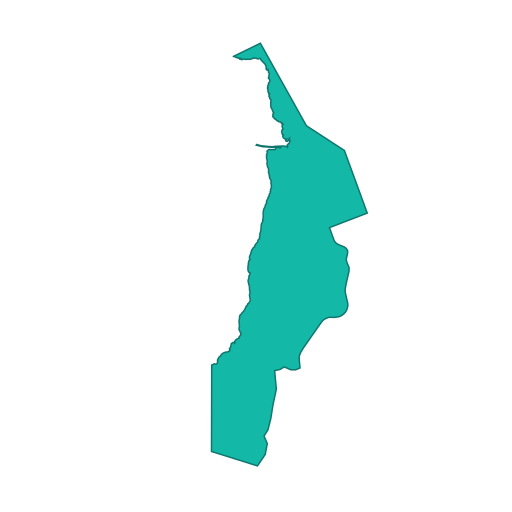 Ngebuked, Ngaraard, Palau (Albers equal-area conic projection), rotated 334°
{"feature_id": "81905179B15793502543785", "entity_name": "Ngebuked", "entity_type": "district", "adm_level": 2, "iso_a3": "PLW", "parent_name": "Palau", "parent_adm1": "Ngaraard", "projection": "albers", "projection_center": [134.626, 7.627], "detail": "fine", "context": "isolated", "style": "filled", "palette": "teal", "viewbox_px": 512, "rotation_deg": 334, "n_neighbors": 0, "source": "geoboundaries", "source_scale": "gbopen_adm2", "svg_char_len": 6090}
<svg xmlns="http://www.w3.org/2000/svg" viewBox="0 0 512 512"><g transform="rotate(334 256 256)"><path d="M353.2,66.7L322.5,66.7L323.9,67.0L324.3,67.5L324.6,68.2L325.4,68.8L325.8,69.5L326.4,69.6L326.7,70.0L326.7,70.3L327.8,71.0L327.6,71.1L327.7,71.9L328.1,71.9L328.5,71.7L328.9,71.7L328.6,72.7L329.7,73.5L330.8,73.3L332.8,74.7L333.7,75.1L335.5,75.9L336.3,76.4L338.4,77.0L338.8,76.9L339.3,76.9L340.7,77.2L340.9,77.0L341.2,77.2L341.2,77.4L341.7,77.6L342.5,78.1L342.8,78.1L343.2,78.8L344.1,79.8L345.0,80.0L345.9,79.9L346.4,80.3L346.6,80.9L346.4,81.6L346.6,82.7L346.8,83.4L347.4,84.5L347.3,85.2L347.5,85.8L347.9,86.2L348.2,86.8L348.2,87.3L348.1,87.9L348.3,88.5L348.1,89.2L348.3,89.8L348.1,90.6L347.7,91.0L347.4,91.5L347.8,92.0L347.6,92.4L347.1,92.6L347.1,93.3L347.4,93.6L348.0,93.9L348.6,93.7L348.6,94.3L348.4,94.7L347.8,96.2L347.8,96.9L348.0,97.9L346.8,99.3L346.2,100.5L345.8,101.0L345.4,101.1L345.1,102.0L345.6,102.7L345.5,104.0L345.3,104.3L345.2,105.0L343.3,106.0L342.9,106.4L342.8,107.0L342.4,107.0L342.1,107.6L341.1,108.3L340.6,109.1L340.6,109.6L340.4,109.7L340.3,110.2L339.9,110.2L339.9,110.6L339.7,111.5L339.4,112.2L339.3,113.0L338.9,113.2L338.8,113.7L338.7,114.6L339.1,115.1L338.7,115.5L338.7,116.2L339.0,116.4L338.5,116.7L338.7,116.9L338.4,117.4L338.0,117.7L337.6,118.3L337.9,118.9L337.7,119.2L337.7,119.9L337.4,120.5L337.8,121.5L337.6,121.6L337.7,122.1L337.7,122.6L337.4,123.2L336.4,124.7L336.2,125.3L335.2,127.4L334.6,129.0L334.6,130.0L334.8,131.6L334.5,132.9L334.7,133.4L334.6,133.8L334.8,134.2L334.4,134.7L334.7,134.9L334.5,135.2L334.1,135.2L333.9,135.7L333.0,136.4L332.8,137.4L332.3,137.8L332.3,138.9L332.7,139.5L332.7,140.0L333.0,140.4L333.2,140.8L332.9,140.9L333.1,141.3L333.7,141.8L333.9,142.9L334.3,143.8L335.1,144.1L335.0,144.6L335.3,145.3L336.5,146.2L337.1,146.5L337.2,147.0L337.0,147.6L337.1,148.1L337.4,148.5L337.8,148.5L337.8,149.0L338.0,149.2L338.1,149.6L337.4,149.4L337.1,149.6L336.9,150.1L336.2,150.9L336.2,152.0L336.0,152.4L336.0,152.9L336.4,153.5L336.1,153.3L336.0,153.6L335.6,153.9L335.1,154.0L334.7,154.1L334.3,154.5L333.6,155.7L333.0,157.5L333.1,158.4L333.7,159.1L332.8,159.6L332.5,160.4L332.4,161.1L332.5,161.9L333.3,163.5L333.7,163.9L334.0,164.1L334.5,164.2L333.7,164.6L333.4,165.0L333.5,165.4L333.4,165.6L333.4,166.2L334.3,166.6L335.0,166.5L335.8,166.2L336.7,165.5L337.3,164.9L337.6,164.8L337.4,165.1L337.2,166.8L337.0,167.5L336.7,167.9L336.3,167.8L335.5,169.1L334.8,169.5L334.3,169.3L332.4,170.2L332.0,170.7L332.5,171.2L332.3,171.8L332.0,172.1L331.8,171.4L329.5,169.6L329.4,169.4L321.5,165.9L319.0,165.1L316.3,163.7L309.0,159.2L305.5,156.1L304.8,156.5L309.8,160.6L317.4,165.0L319.4,166.0L321.9,166.9L325.7,168.4L325.9,168.8L326.0,169.3L325.8,169.4L325.2,169.5L324.6,168.7L323.7,168.4L322.6,167.3L322.0,167.3L321.5,167.5L321.1,168.0L320.4,168.1L319.9,168.8L319.1,168.5L318.3,167.9L317.0,167.5L315.8,166.8L315.2,166.3L314.3,166.1L313.8,165.9L313.2,166.3L312.4,166.3L311.8,166.6L311.6,167.0L311.6,168.0L310.9,168.6L310.3,169.3L309.8,169.7L308.8,171.8L308.4,172.4L308.3,173.4L307.9,174.5L307.8,175.4L307.5,176.1L306.8,177.0L306.4,177.5L306.2,178.2L305.5,180.7L305.5,183.0L304.7,185.0L304.2,185.6L303.8,186.7L303.5,188.6L303.2,189.4L303.4,190.1L302.9,190.4L302.6,191.3L302.4,192.6L302.6,193.4L302.7,194.1L302.6,194.6L301.6,196.8L301.2,197.4L301.1,198.5L299.9,200.9L299.7,201.7L298.9,202.0L298.1,202.7L298.0,203.5L297.7,203.9L297.0,204.3L296.7,205.3L295.2,206.2L294.9,206.5L294.1,207.6L294.1,208.0L293.4,208.1L292.5,208.6L291.9,209.6L290.1,210.8L289.5,211.4L288.9,212.4L288.8,213.1L288.4,213.4L287.5,213.8L286.6,214.5L286.0,215.3L285.2,216.1L284.1,216.8L283.2,217.7L281.5,220.0L280.2,222.8L279.7,223.7L279.4,224.6L278.8,225.4L277.9,226.3L277.5,227.4L277.1,227.9L276.6,228.2L275.9,229.0L275.1,229.4L274.5,230.1L271.4,235.4L270.3,236.6L269.4,237.6L268.9,238.2L268.8,239.0L268.5,239.5L267.6,240.1L267.3,240.8L267.1,241.9L265.8,242.1L265.0,242.5L263.8,243.7L263.6,244.1L263.0,244.4L260.9,245.2L259.2,246.4L258.9,247.1L257.4,247.3L254.8,248.8L253.0,250.6L252.4,251.6L251.2,252.5L249.8,253.9L249.4,254.5L249.2,255.1L249.2,256.1L249.1,256.5L248.8,256.3L248.2,256.6L247.9,257.0L247.0,257.7L245.6,259.7L245.1,260.7L244.4,261.6L243.2,263.8L242.5,265.5L242.4,267.0L242.5,267.5L242.8,267.8L243.4,268.8L243.3,269.2L242.6,269.4L242.4,269.7L240.8,271.0L240.4,271.6L240.2,272.5L238.4,274.2L237.8,275.4L237.5,276.4L237.4,277.3L237.0,278.7L236.8,280.2L235.2,283.9L235.1,284.8L234.4,286.6L233.2,287.9L232.8,288.7L232.0,291.5L231.3,293.6L228.8,295.2L227.4,295.5L226.9,296.2L225.9,296.8L225.2,296.8L222.9,298.8L221.8,299.6L219.9,300.5L218.1,301.1L217.0,301.9L216.2,302.0L215.1,302.7L214.1,304.2L213.8,304.9L212.9,306.0L211.8,307.8L211.7,308.6L211.1,309.7L210.7,311.0L210.2,312.0L209.5,312.9L208.5,314.7L208.5,319.3L207.4,320.3L207.2,320.6L206.5,320.8L205.1,321.4L205.0,322.2L204.7,322.4L202.3,322.3L200.5,322.7L199.9,323.1L199.2,323.8L198.9,324.9L198.4,325.1L198.4,324.4L198.3,323.9L197.7,323.6L196.8,323.8L195.8,323.8L195.2,324.0L194.8,324.8L194.3,325.4L193.7,326.3L191.8,327.7L191.4,327.8L191.3,328.4L191.5,328.9L191.3,329.4L190.7,329.7L189.4,329.7L189.0,329.9L188.2,329.7L187.0,329.2L185.8,329.0L184.4,328.9L182.9,329.0L181.6,329.4L180.0,330.4L179.2,330.5L178.2,330.8L177.2,331.5L176.7,332.1L176.2,332.2L175.5,333.1L175.1,334.4L174.5,335.1L173.6,335.6L172.7,335.7L171.9,335.1L170.9,334.5L170.0,334.7L168.8,334.5L168.4,334.6L130.3,412.2L165.3,445.3L177.3,438.4L183.9,429.6L184.3,421.4L190.5,417.5L197.9,408.8L205.9,397.4L215.9,384.6L222.5,367.2L227.8,368.5L232.8,368.1L237.5,373.6L241.9,375.7L246.5,375.9L249.6,367.7L250.9,365.1L253.4,362.6L257.8,359.7L274.5,350.4L284.8,344.7L287.4,343.4L289.8,342.8L293.9,342.9L296.5,343.9L299.6,345.6L302.4,346.5L304.8,347.1L307.8,346.9L309.9,346.4L311.9,345.6L313.9,344.3L316.7,341.1L317.7,338.8L320.3,327.8L321.7,324.7L325.7,319.4L332.9,310.5L334.1,308.2L334.6,306.9L334.9,301.9L335.2,299.9L335.9,298.1L338.7,294.8L339.9,293.0L340.6,291.6L340.6,289.9L340.3,288.4L339.3,286.5L335.2,282.0L333.7,279.7L333.0,276.7L333.5,271.6L334.5,262.7L374.8,266.2L381.7,199.9L358.4,161.0L353.2,66.7Z" fill="#14b8a6" stroke="#0f766e" stroke-width="1.5"/></g></svg>